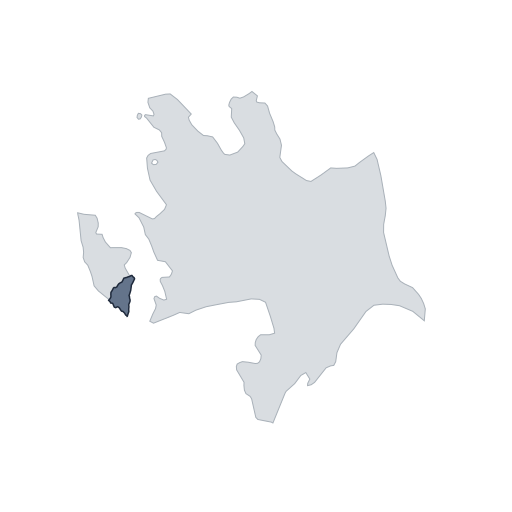 Ordubad District, Ordubad, Azerbaijan (highlighted), rotated 25°
{"feature_id": "54616110B24607032839399", "entity_name": "Ordubad District", "entity_type": "district", "adm_level": 2, "iso_a3": "AZE", "parent_name": "Azerbaijan", "parent_adm1": "Ordubad", "projection": "equal_earth", "projection_center": [45.94, 39.075], "detail": "fine", "context": "in_parent", "style": "filled", "palette": "slate", "viewbox_px": 512, "rotation_deg": 25, "n_neighbors": 0, "source": "geoboundaries", "source_scale": "gbopen_adm2", "svg_char_len": 4239}
<svg xmlns="http://www.w3.org/2000/svg" viewBox="0 0 512 512"><g transform="rotate(25 256 256)"><path d="M341.9,400.2L340.0,400.1L326.8,403.4L324.0,402.3L312.4,387.3L310.0,385.7L305.1,385.0L302.2,382.5L299.8,378.5L298.5,375.5L286.6,367.4L284.9,364.5L284.6,361.9L286.3,359.5L288.3,357.5L294.0,355.5L300.7,353.8L302.8,352.6L303.9,350.4L303.8,347.0L302.6,343.6L293.0,337.4L291.9,334.7L291.5,331.5L292.1,328.1L293.5,325.4L301.3,321.8L305.5,318.1L302.8,313.9L294.3,304.4L284.2,293.9L277.5,293.8L269.8,296.9L257.6,305.8L250.8,309.6L241.9,316.0L232.3,323.0L224.4,330.5L219.5,336.7L210.7,339.4L206.2,344.6L191.5,360.2L187.3,360.0L187.0,352.2L187.2,346.1L186.3,342.6L181.5,337.7L181.4,335.6L182.7,334.4L186.4,335.1L191.1,334.9L193.3,333.0L188.3,326.6L183.8,322.4L180.0,319.5L179.1,317.8L179.1,316.6L179.9,315.1L186.4,311.6L187.0,308.4L186.6,304.8L176.3,299.5L168.6,301.5L161.6,295.5L157.2,291.0L151.7,286.0L146.7,283.4L142.0,277.2L133.8,270.8L128.5,269.0L128.6,268.1L129.5,266.9L131.7,265.9L146.4,266.2L148.2,265.0L149.1,262.3L151.1,258.3L153.4,252.4L153.2,247.4L138.5,239.4L127.9,232.0L120.5,222.3L115.5,213.4L115.7,210.4L117.2,207.6L128.6,199.4L129.4,197.3L129.1,195.8L125.1,191.7L120.0,187.4L118.4,184.2L115.2,182.6L109.1,182.5L98.4,177.2L96.1,176.7L95.6,175.6L96.1,174.6L103.8,172.4L103.7,170.7L101.4,168.3L97.1,166.6L93.1,162.4L91.8,158.6L105.6,147.6L109.7,145.4L118.7,147.4L137.3,154.7L136.1,158.8L138.0,161.1L142.3,164.2L150.5,167.4L157.5,169.0L161.0,167.6L166.4,166.4L173.4,170.1L179.8,174.7L183.0,176.5L184.7,177.1L189.6,175.6L195.5,169.6L197.8,162.4L198.4,159.0L195.0,154.2L187.9,149.1L180.0,144.5L174.9,140.6L171.7,132.7L168.4,131.8L167.6,130.8L167.1,128.1L167.2,124.3L168.3,121.5L171.5,120.2L174.7,119.8L177.6,117.0L181.2,111.6L182.8,108.6L189.6,110.3L190.6,115.2L191.8,116.2L194.6,115.6L199.4,113.6L203.1,115.2L208.0,120.9L214.7,127.0L218.4,131.1L219.8,133.9L223.2,136.6L228.3,139.9L232.3,144.9L235.9,156.6L239.6,159.4L252.5,163.8L257.1,164.7L269.8,166.3L274.3,165.2L280.7,155.1L286.5,144.6L292.0,142.5L301.9,137.4L307.7,132.7L310.2,127.6L315.6,117.9L319.0,112.5L324.9,117.3L335.2,130.4L350.0,151.7L353.7,157.8L356.1,164.8L358.3,173.3L361.7,180.8L376.7,199.8L383.2,206.8L393.8,215.9L397.5,217.9L402.4,218.5L411.3,218.5L419.6,222.1L423.7,224.6L428.0,228.2L431.8,232.4L435.9,243.6L421.5,239.9L407.1,240.4L399.0,242.8L391.2,246.1L383.7,250.8L379.1,259.8L375.4,280.7L369.9,300.3L370.2,309.4L372.9,318.1L372.7,322.3L370.1,324.0L366.8,327.7L362.5,345.8L360.4,349.4L357.5,351.7L356.7,349.5L356.8,344.8L350.4,340.6L347.1,345.3L345.0,355.3L340.5,365.8L340.3,367.8L341.9,400.2ZM126.8,215.2L127.5,212.4L125.7,211.2L123.8,211.1L122.1,212.5L122.1,216.0L124.4,216.6L126.8,215.2ZM79.3,296.7L77.1,293.8L76.1,292.2L82.5,290.9L93.1,287.0L96.0,288.9L99.1,292.8L100.6,296.2L100.9,302.5L102.2,303.5L107.3,301.4L109.6,303.9L113.6,307.0L120.5,310.0L130.4,305.3L135.4,304.1L139.4,304.2L141.6,305.6L142.4,310.5L141.6,316.5L140.4,319.8L142.5,322.2L150.7,328.0L154.1,331.2L152.4,336.8L158.5,350.5L160.6,355.9L163.0,362.4L150.5,359.9L128.0,354.3L121.9,351.5L116.0,343.8L112.6,340.2L107.4,335.4L103.2,333.7L100.0,330.4L98.2,325.5L95.6,321.1L91.0,316.0L80.6,298.5L79.3,296.7ZM93.1,180.7L91.7,181.7L89.6,180.7L89.0,178.6L89.1,176.4L91.2,175.8L93.0,176.5L93.4,178.5L93.1,180.7Z" fill="#d9dde1" stroke="#a8b0b8" stroke-width="1"/><path d="M141.2,358.4L141.2,358.5L143.1,359.1L144.1,360.0L146.0,359.5L146.9,360.1L147.9,361.1L148.7,361.8L149.2,362.2L150.7,362.1L151.9,360.5L153.1,360.5L154.3,360.9L155.9,362.0L157.4,362.8L158.9,362.5L160.9,363.2L162.9,364.6L163.8,364.5L164.7,365.2L164.8,365.1L164.8,364.7L164.7,364.2L164.3,361.0L164.3,360.3L163.1,358.0L162.3,355.7L161.2,353.9L161.1,352.2L161.0,350.5L160.5,349.1L159.2,347.6L158.5,346.3L157.7,345.6L157.4,342.9L157.0,340.2L155.9,336.6L155.3,334.9L155.5,333.6L155.6,331.7L155.6,330.7L155.6,329.5L155.6,328.0L154.6,327.1L153.1,326.8L151.9,326.1L151.1,326.4L150.1,328.0L148.7,329.1L148.1,329.9L146.9,330.8L145.6,332.0L145.6,332.9L145.6,334.7L145.4,336.5L144.4,337.5L143.4,339.2L143.0,341.2L143.0,342.7L142.1,344.0L140.7,344.5L140.3,345.4L140.3,346.9L140.2,348.2L140.1,349.1L139.9,350.2L140.6,352.0L141.5,353.7L141.8,354.5L141.8,355.9L141.5,357.2L141.2,358.4Z" fill="#64748b" stroke="#1e293b" stroke-width="1.5"/></g></svg>